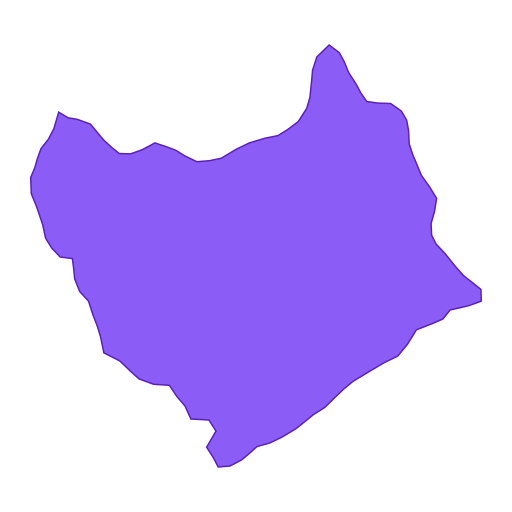 Dumont, São Paulo, Brazil (Mercator projection)
{"feature_id": "56859067B60617359221879", "entity_name": "Dumont", "entity_type": "district", "adm_level": 2, "iso_a3": "BRA", "parent_name": "Brazil", "parent_adm1": "São Paulo", "projection": "mercator", "projection_center": [-47.981, -21.246], "detail": "fine", "context": "isolated", "style": "filled", "palette": "violet", "viewbox_px": 512, "rotation_deg": 0, "n_neighbors": 0, "source": "geoboundaries", "source_scale": "gbopen_adm2", "svg_char_len": 1442}
<svg xmlns="http://www.w3.org/2000/svg" viewBox="0 0 512 512"><path d="M206.6,447.2L213.3,457.6L218.2,467.0L230.0,466.0L241.6,459.9L250.0,452.9L256.9,446.6L270.0,442.9L281.8,437.2L295.8,428.8L305.5,421.1L313.3,414.7L324.8,407.4L336.0,396.4L343.8,389.0L353.1,381.3L369.6,371.3L383.7,362.9L397.8,356.0L407.3,344.5L416.4,329.8L432.6,323.5L442.9,319.0L450.1,310.0L468.7,305.7L481.3,301.1L480.9,289.4L463.4,275.5L455.0,266.0L445.3,253.9L436.0,243.9L431.6,235.1L431.1,223.5L434.5,211.5L436.6,198.4L429.7,187.0L421.4,175.4L416.4,163.3L412.6,154.3L409.2,143.9L408.6,130.9L406.7,120.3L401.4,111.1L390.6,103.5L377.8,103.1L366.8,101.5L360.9,93.1L356.3,84.4L348.7,72.7L344.2,61.7L339.4,52.8L329.1,45.0L316.8,57.0L312.6,70.1L311.4,83.1L309.9,97.4L306.7,108.4L298.3,121.5L288.0,129.3L278.0,135.6L265.0,138.2L249.4,142.9L236.3,149.2L221.3,158.2L209.5,160.7L196.9,161.7L185.0,156.0L175.8,150.3L167.1,147.0L154.9,142.9L142.2,149.7L130.4,153.9L119.2,153.5L111.9,147.6L103.9,140.3L97.7,132.9L90.4,124.1L77.1,119.3L68.0,117.8L58.7,112.1L53.9,128.6L48.4,139.2L41.0,148.6L37.6,158.0L34.7,168.0L30.7,177.4L31.3,193.7L36.8,207.2L42.7,224.7L45.6,238.2L51.8,248.2L60.2,257.0L72.4,258.6L73.7,269.0L74.7,279.0L79.8,291.7L88.5,301.1L92.7,314.1L97.3,326.2L100.5,336.6L103.9,352.9L119.7,360.9L131.0,371.7L139.1,379.0L153.8,384.3L169.4,385.3L176.8,396.4L185.0,406.0L190.9,419.0L208.9,420.0L216.0,431.1L206.6,447.2Z" fill="#8b5cf6" stroke="#5b21b6" stroke-width="1.5"/></svg>